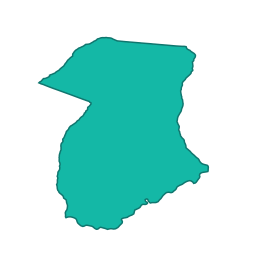 Ivinhema, Mato Grosso do Sul, Brazil (Equal Earth projection), rotated 75°
{"feature_id": "56859067B50852199945067", "entity_name": "Ivinhema", "entity_type": "district", "adm_level": 2, "iso_a3": "BRA", "parent_name": "Brazil", "parent_adm1": "Mato Grosso do Sul", "projection": "equal_earth", "projection_center": [-53.771, -22.36], "detail": "fine", "context": "isolated", "style": "filled", "palette": "teal", "viewbox_px": 256, "rotation_deg": 75, "n_neighbors": 0, "source": "geoboundaries", "source_scale": "gbopen_adm2", "svg_char_len": 5107}
<svg xmlns="http://www.w3.org/2000/svg" viewBox="0 0 256 256"><g transform="rotate(75 128 128)"><path d="M69.0,48.1L68.1,49.3L67.1,50.3L66.2,50.7L64.5,50.8L63.7,52.5L63.2,54.4L62.1,57.7L61.1,60.7L58.2,68.6L55.4,76.4L53.9,80.5L53.2,82.5L52.5,84.3L49.5,92.8L49.0,94.1L46.7,100.5L43.9,108.3L41.1,115.8L40.2,117.0L39.4,118.0L38.3,119.4L37.1,120.6L36.3,122.1L35.6,124.3L35.1,125.2L34.8,126.4L34.6,127.8L34.2,128.8L33.9,130.7L34.1,132.7L34.1,134.5L34.9,135.8L35.2,137.0L35.5,138.8L36.0,139.9L36.3,141.4L36.8,142.9L36.8,144.2L36.6,145.6L36.3,147.2L37.0,148.9L37.4,149.9L37.7,151.9L38.0,153.4L38.1,155.0L38.8,156.5L39.2,158.1L40.2,159.9L41.3,161.1L42.2,162.2L43.2,162.6L44.4,163.0L44.8,164.5L45.5,166.0L46.3,167.3L46.7,168.3L47.8,169.7L48.8,170.7L49.4,171.8L50.3,172.7L51.5,174.0L52.0,175.2L52.6,176.6L53.3,178.2L54.1,179.2L54.6,180.7L55.0,182.1L55.4,183.3L56.1,184.5L56.2,186.1L56.5,187.6L56.5,188.9L56.8,190.2L57.8,190.4L58.3,192.0L58.6,193.9L58.7,195.2L58.4,196.9L59.3,198.3L60.3,199.7L60.7,201.4L61.3,202.4L62.0,201.5L62.8,200.6L63.7,199.1L64.4,198.1L65.2,197.1L68.3,192.9L71.0,189.1L72.5,186.9L78.8,177.9L80.6,175.3L84.8,169.4L87.0,166.3L88.7,163.9L89.7,162.4L90.4,161.5L92.3,158.6L93.3,158.2L94.0,157.3L95.2,157.5L96.3,158.9L97.1,160.1L97.6,161.5L98.4,161.9L99.5,162.1L100.2,163.0L100.8,164.5L102.0,165.0L102.4,166.4L103.3,166.8L104.0,167.7L104.8,168.6L105.1,169.7L105.6,170.9L106.4,172.1L107.4,173.1L108.0,175.2L109.3,176.9L110.0,178.9L110.4,180.1L110.9,181.4L111.3,183.1L112.4,184.7L113.8,185.8L114.6,187.0L115.4,188.4L117.0,189.4L118.1,190.3L119.0,191.0L120.1,191.8L121.1,192.7L121.7,193.7L122.7,194.2L123.8,194.0L124.8,195.0L125.7,196.4L126.7,197.0L128.0,197.5L129.5,197.7L130.4,198.0L131.7,198.3L132.7,199.1L133.7,199.8L134.5,200.2L135.5,200.9L136.6,201.4L137.9,201.8L138.7,202.2L139.7,202.3L141.2,202.8L142.4,203.1L143.6,202.9L144.5,202.9L145.5,203.0L146.4,203.5L147.1,204.1L148.1,204.0L149.4,204.4L150.5,204.9L151.4,205.8L152.4,207.0L153.4,207.4L154.4,207.7L155.4,208.3L156.4,208.9L157.5,208.7L158.6,208.9L159.7,209.6L161.2,210.0L162.4,210.3L163.3,210.8L164.2,211.6L165.4,211.5L166.8,211.7L168.5,212.0L170.1,211.9L171.3,211.3L172.3,211.3L173.5,210.6L174.8,209.6L175.7,209.0L176.7,208.4L177.8,208.2L179.0,208.3L180.1,207.4L181.3,206.4L182.5,206.4L184.1,206.6L185.8,206.5L187.4,206.5L188.7,207.0L189.9,207.5L191.2,208.2L192.3,209.6L193.6,210.5L194.8,210.7L195.9,210.8L196.9,211.2L197.7,211.4L198.6,211.1L198.4,209.7L198.5,208.2L199.0,206.3L199.7,205.0L200.4,203.9L201.2,202.8L202.2,201.9L203.1,201.5L203.9,201.4L204.9,201.4L205.9,201.3L207.0,201.0L208.1,200.3L209.3,199.5L210.3,198.7L211.4,197.1L211.4,195.6L211.1,194.3L211.2,193.0L212.3,190.7L212.9,189.6L213.4,188.5L214.3,187.5L215.9,186.4L217.0,185.5L217.7,184.5L217.8,183.3L217.4,182.2L216.9,181.3L216.8,180.1L217.4,179.0L218.2,177.7L218.8,176.6L219.5,175.5L220.6,174.0L220.6,172.5L220.8,170.5L221.4,169.1L221.9,167.9L222.1,166.0L221.8,164.8L221.5,163.6L220.8,162.4L220.1,161.4L219.4,160.2L218.8,159.1L218.1,158.1L216.6,157.6L215.0,158.2L214.1,157.6L213.8,155.7L214.0,153.7L214.1,151.8L213.5,150.1L213.2,148.4L213.1,146.8L212.4,144.6L209.0,142.7L208.3,138.5L207.8,137.1L207.2,136.3L206.1,135.3L205.6,133.8L205.8,132.5L206.3,131.3L206.3,129.7L205.7,128.7L204.9,128.7L204.1,129.5L203.1,130.1L201.6,130.0L201.3,128.4L201.9,127.5L203.0,127.3L204.1,127.2L206.2,125.9L206.3,124.0L206.7,122.5L207.1,121.1L207.2,119.9L206.9,117.9L206.0,116.8L205.3,115.7L204.7,114.5L203.6,113.2L202.2,111.5L201.5,110.1L200.8,108.8L200.3,107.3L200.6,105.2L201.6,103.2L201.6,101.6L200.8,100.2L200.3,98.9L199.7,97.7L198.9,96.9L198.1,96.4L197.4,95.4L197.0,94.0L196.7,92.7L196.6,91.5L196.4,90.2L195.9,88.8L195.5,87.8L195.1,86.5L194.8,84.8L194.7,83.3L194.8,82.1L195.5,80.7L197.0,79.4L198.5,78.9L198.5,77.1L197.9,76.0L197.0,74.9L196.2,74.0L195.5,73.1L194.7,72.0L193.6,71.2L192.1,71.2L190.9,70.4L190.4,69.2L190.2,68.1L190.3,66.4L190.6,64.0L190.7,62.1L189.5,61.5L188.1,61.1L186.9,60.6L185.6,60.5L184.6,61.0L184.0,62.0L183.4,63.1L182.5,64.6L181.8,65.5L181.1,66.2L179.7,67.0L178.3,67.5L176.9,67.7L175.8,68.2L174.7,69.1L173.6,69.9L172.4,70.6L171.5,71.1L170.3,72.0L168.3,73.3L166.6,74.0L165.5,74.8L164.7,75.3L163.5,76.2L162.0,77.1L160.3,76.7L159.2,76.7L158.3,76.8L156.9,77.1L155.6,77.1L154.7,76.9L153.5,77.1L152.4,77.8L151.2,78.5L150.3,78.8L149.3,79.3L147.9,79.1L146.6,79.3L145.7,79.2L144.6,79.1L143.8,79.5L142.8,79.5L141.7,78.9L140.9,78.5L139.6,78.1L138.3,78.4L137.4,78.6L136.5,78.8L135.6,78.8L134.6,79.1L133.8,78.7L132.8,78.2L131.5,77.7L129.8,76.7L128.4,75.3L127.1,74.0L126.3,73.1L125.2,72.1L123.5,71.3L121.4,69.7L120.4,69.1L118.8,68.5L117.4,68.4L116.0,68.2L114.9,68.0L114.0,68.2L113.1,68.5L112.0,68.0L110.8,68.1L109.6,68.0L107.9,67.9L106.6,67.7L105.6,67.5L104.6,66.6L103.5,66.3L102.4,65.8L101.5,65.0L100.6,64.3L99.2,64.1L98.3,63.7L97.4,62.7L96.7,61.4L95.9,60.1L94.9,59.2L94.0,57.5L93.2,55.9L92.4,54.4L91.6,53.1L90.0,52.2L89.3,50.6L88.5,50.4L87.4,50.6L86.4,50.1L85.6,49.5L84.6,49.2L83.1,49.0L82.0,48.8L80.9,48.7L80.0,47.1L78.7,46.7L78.0,46.0L77.2,45.0L76.1,44.3L75.1,44.0L74.2,44.3L73.2,44.8L71.5,46.3L70.3,47.4L69.0,48.1Z" fill="#14b8a6" stroke="#0f766e" stroke-width="1.5"/></g></svg>